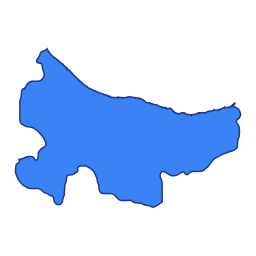 outline of Gaspar Hernández, Espaillat, Dominican Republic
{"feature_id": "3306468B76468188202077", "entity_name": "Gaspar Hernández", "entity_type": "district", "adm_level": 2, "iso_a3": "DOM", "parent_name": "Dominican Republic", "parent_adm1": "Espaillat", "projection": "natural_earth1", "projection_center": [-70.259, 19.604], "detail": "fine", "context": "isolated", "style": "filled", "palette": "blue", "viewbox_px": 256, "rotation_deg": 0, "n_neighbors": 0, "source": "geoboundaries", "source_scale": "gbopen_adm2", "svg_char_len": 5593}
<svg xmlns="http://www.w3.org/2000/svg" viewBox="0 0 256 256"><path d="M162.2,201.8L162.1,182.7L161.6,180.5L160.3,177.3L160.1,175.7L160.4,173.6L161.5,172.0L162.7,171.4L164.1,171.6L170.4,175.3L171.9,175.7L173.8,175.8L176.2,175.4L182.5,171.9L183.3,171.9L184.0,172.2L185.3,174.0L186.6,174.7L187.7,174.4L190.3,172.2L191.7,171.6L194.3,171.4L200.1,171.4L202.2,171.1L203.9,170.1L208.3,166.3L211.2,162.1L214.7,158.5L223.3,153.8L227.0,152.8L229.9,151.5L233.6,150.5L236.8,148.2L237.4,146.3L237.7,140.5L239.2,136.2L239.5,130.8L239.1,126.8L238.4,125.3L236.7,122.8L236.3,121.5L236.5,120.7L237.0,120.0L238.8,118.5L239.3,117.9L240.5,115.5L240.6,114.6L240.4,113.3L239.4,110.7L238.3,109.0L236.8,107.9L233.3,106.6L234.9,103.3L234.4,103.3L234.4,103.7L233.8,103.7L233.6,104.4L232.5,104.8L232.5,105.3L232.1,105.3L231.6,106.2L231.0,106.4L230.8,106.9L230.4,106.6L230.0,107.1L229.3,107.1L229.3,107.3L228.7,107.3L228.7,107.5L225.5,107.5L225.3,107.3L225.3,107.5L224.7,107.5L224.3,108.0L223.8,108.0L223.8,107.8L222.6,108.0L222.4,108.4L221.7,108.7L221.3,109.1L220.0,109.3L220.0,109.6L219.0,109.8L219.0,110.0L218.6,109.8L218.6,110.0L216.9,110.0L216.2,110.2L214.8,110.2L214.3,109.8L214.3,110.0L213.9,110.0L213.7,110.5L212.6,110.7L212.6,110.9L209.5,111.1L209.5,111.4L208.4,111.4L208.4,111.6L206.9,111.8L206.5,112.5L205.3,112.7L205.3,112.9L203.8,112.7L203.3,112.5L202.7,112.7L202.7,112.9L199.5,112.7L199.5,112.9L198.7,112.9L198.7,113.2L198.5,112.9L197.4,113.2L197.2,113.6L196.6,113.6L196.4,114.1L195.3,114.3L195.3,114.5L192.0,114.5L191.7,115.0L191.7,114.7L188.4,114.7L187.9,114.5L187.7,114.7L187.1,114.5L186.7,114.1L185.6,114.1L185.0,113.4L184.6,113.4L184.6,112.9L183.3,112.9L183.3,112.7L181.2,112.9L180.8,113.4L180.1,113.4L180.1,113.6L179.3,113.6L179.3,113.8L178.9,114.0L178.2,114.1L178.0,113.6L176.9,113.6L176.5,113.2L175.9,113.2L175.9,112.9L175.0,112.7L174.8,112.3L174.4,112.3L174.2,111.8L173.8,111.8L173.4,111.1L173.0,111.1L172.3,110.0L171.2,108.7L170.8,108.7L170.6,108.2L170.0,108.2L170.0,108.4L167.9,108.4L167.9,108.7L166.8,108.7L166.6,108.4L166.6,108.7L166.2,108.7L166.2,108.4L165.8,108.4L165.8,108.2L165.3,108.2L164.9,107.8L164.3,107.8L164.3,107.5L162.6,107.8L162.6,107.5L162.2,107.5L162.0,107.1L161.1,106.9L161.1,106.6L159.2,106.6L159.2,106.4L158.6,106.2L158.2,105.5L157.1,105.3L156.7,104.8L153.1,104.4L153.1,104.2L152.0,103.9L152.0,103.7L151.2,103.7L150.4,103.3L150.4,103.0L147.0,102.8L146.6,102.4L146.1,102.4L145.5,101.7L144.8,101.5L144.4,100.8L143.6,100.6L143.0,99.7L141.9,99.2L140.2,98.8L140.2,98.5L139.6,98.5L139.6,98.3L138.9,98.5L138.5,98.1L137.5,98.1L137.5,97.9L136.2,98.1L136.2,97.9L135.3,97.9L135.3,97.6L132.2,97.4L132.2,97.2L131.1,97.2L130.5,97.0L130.5,96.8L128.2,96.8L128.0,97.2L127.1,97.2L127.1,97.4L123.3,97.9L123.3,97.6L122.1,97.9L122.1,97.6L120.2,97.6L120.2,97.4L119.1,97.4L119.1,97.6L117.6,97.6L117.6,97.4L117.4,97.6L111.3,97.4L111.3,97.2L110.2,96.8L110.2,96.5L109.4,96.5L109.4,96.3L108.8,96.3L108.8,96.1L108.1,96.1L108.1,95.9L106.9,95.6L106.9,95.4L106.4,95.6L106.2,95.2L105.4,95.0L105.4,94.7L103.9,94.7L103.3,94.1L101.8,93.8L101.4,93.4L99.7,93.2L99.7,92.9L99.2,92.9L98.8,92.5L97.6,92.3L97.3,91.8L96.5,91.8L96.3,91.4L95.4,91.4L95.4,91.1L94.8,91.1L94.6,90.7L93.3,90.5L93.3,90.2L92.5,90.0L92.1,89.6L91.6,89.6L91.2,89.1L90.0,88.9L89.5,88.2L88.7,88.2L88.0,87.8L87.2,86.6L86.6,86.6L86.1,86.0L85.7,86.0L85.5,85.5L84.3,85.1L83.4,83.9L82.6,83.7L82.4,83.3L82.1,83.3L81.5,82.6L81.5,82.1L80.5,81.9L79.8,80.8L79.4,80.8L79.2,80.3L78.8,80.3L78.5,79.7L78.1,79.7L77.5,78.5L76.7,78.3L76.0,77.2L75.6,77.2L74.8,76.1L74.5,76.1L74.3,75.6L74.1,75.6L74.1,75.2L73.5,75.2L71.8,72.9L71.4,72.9L70.7,72.0L70.7,71.6L70.3,71.6L70.1,71.1L69.7,71.1L69.5,70.4L69.0,70.2L68.6,69.5L67.8,69.5L67.8,69.8L67.3,70.0L67.3,68.6L67.1,68.6L67.1,68.2L66.7,67.7L66.1,67.7L65.9,67.3L65.5,66.8L65.2,66.8L64.8,66.2L64.0,65.9L64.0,65.5L62.9,64.1L62.5,64.1L61.7,63.2L60.6,62.8L60.2,62.3L59.8,62.3L58.1,60.3L57.8,60.3L57.4,59.7L56.6,59.4L56.4,59.0L55.7,58.7L55.3,58.1L54.3,57.9L54.3,57.4L53.6,57.2L52.8,56.3L52.4,56.3L51.7,55.2L51.3,55.2L50.9,54.5L49.8,53.4L49.8,52.9L49.0,52.2L49.0,51.8L48.5,51.6L48.3,50.7L47.1,49.3L47.1,48.9L44.8,50.5L41.9,51.6L40.9,52.3L40.4,53.1L39.3,56.3L37.0,59.7L36.6,60.6L36.6,61.5L37.3,62.7L40.7,63.3L41.7,64.2L42.2,65.6L42.7,69.0L44.1,73.3L44.1,75.5L43.9,76.6L42.5,78.9L41.3,80.0L39.5,81.0L37.5,81.2L32.2,81.2L29.7,81.9L28.4,82.9L26.9,84.6L24.4,88.8L23.0,88.8L22.1,89.7L21.6,91.8L21.2,96.9L20.4,99.1L19.9,101.2L19.8,119.2L20.2,122.0L21.0,123.2L22.0,124.2L25.7,126.2L27.0,126.6L31.9,127.3L36.0,129.5L38.1,131.3L43.4,137.5L45.6,142.1L46.0,144.0L45.6,145.5L44.8,146.6L41.2,148.8L39.1,151.3L38.3,153.3L38.0,158.1L37.6,159.0L36.8,159.9L36.0,160.1L35.3,159.9L34.5,159.0L33.5,157.4L32.7,156.9L29.7,156.4L26.6,156.8L23.3,158.4L18.9,159.5L19.3,160.9L19.1,162.1L18.6,162.8L16.6,164.1L16.1,165.0L15.8,166.7L15.4,171.8L16.1,174.5L18.1,179.1L19.7,181.4L22.7,184.8L24.0,185.8L27.7,187.8L29.1,188.3L31.2,188.5L37.5,188.5L39.5,188.9L40.9,189.6L44.4,192.6L47.4,193.6L49.2,195.0L52.4,196.3L53.2,196.9L54.4,201.7L55.5,203.4L57.0,204.5L59.4,204.7L61.1,203.8L62.2,202.2L63.1,198.1L64.3,194.8L64.8,185.4L66.2,181.1L66.6,177.5L67.0,176.2L67.6,175.5L68.4,175.2L72.5,174.6L76.5,172.5L77.4,171.6L77.8,170.8L77.6,168.4L77.9,167.6L79.0,166.4L81.5,165.8L85.2,166.0L86.8,166.4L90.9,168.7L92.5,170.1L94.2,172.2L96.7,177.7L97.6,181.9L98.6,184.6L99.1,189.3L99.5,191.0L100.6,192.6L101.9,193.3L103.4,193.6L110.0,193.6L112.7,193.9L114.5,195.1L118.7,199.4L120.6,200.4L124.3,200.6L130.7,200.3L133.1,201.9L134.4,202.6L141.1,203.3L144.5,204.9L148.8,205.6L152.5,207.1L154.3,206.9L157.9,205.0L162.2,201.8Z" fill="#3b82f6" stroke="#1e3a8a" stroke-width="1.5"/></svg>